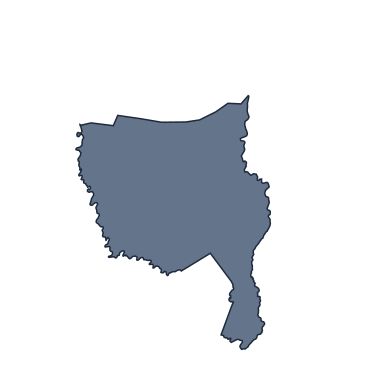 Zu'unburen, Selenge, Mongolia (Robinson projection), rotated 120°
{"feature_id": "93677404B25826466624869", "entity_name": "Zu'unburen", "entity_type": "district", "adm_level": 2, "iso_a3": "MNG", "parent_name": "Mongolia", "parent_adm1": "Selenge", "projection": "robinson", "projection_center": [106.008, 49.971], "detail": "fine", "context": "isolated", "style": "filled", "palette": "slate", "viewbox_px": 384, "rotation_deg": 120, "n_neighbors": 0, "source": "geoboundaries", "source_scale": "gbopen_adm2", "svg_char_len": 6064}
<svg xmlns="http://www.w3.org/2000/svg" viewBox="0 0 384 384"><g transform="rotate(120 192 192)"><path d="M80.5,190.8L80.5,191.5L91.2,193.6L97.2,205.2L110.9,211.6L125.8,221.5L134.5,232.4L146.8,253.2L154.2,273.1L162.8,294.6L173.9,293.3L182.6,313.9L189.6,321.5L189.6,322.7L190.4,322.1L190.9,321.0L193.4,318.6L194.6,317.6L195.2,317.5L196.2,317.6L197.1,318.3L197.3,320.2L198.0,320.7L199.4,320.6L200.4,320.0L201.1,319.1L200.8,317.9L199.9,317.5L198.2,317.4L197.1,316.8L197.2,316.1L198.2,314.0L199.0,313.1L201.4,313.0L203.8,312.1L205.9,310.9L207.1,310.8L209.1,311.5L211.5,313.8L212.5,314.0L213.3,313.7L213.2,312.6L212.4,310.7L212.4,310.3L213.1,309.5L213.3,308.0L213.6,307.8L216.6,306.9L220.5,307.2L221.9,306.2L222.1,304.9L223.3,304.2L225.2,303.5L225.8,303.0L226.8,301.5L227.8,300.7L228.9,300.4L228.9,300.0L227.6,299.4L228.0,298.8L231.2,298.4L233.6,298.7L234.2,298.3L234.4,297.6L233.1,296.4L232.9,295.9L233.0,295.2L233.7,294.7L236.4,294.4L236.6,293.7L235.7,292.4L235.7,291.9L236.1,291.4L237.4,291.0L238.2,290.3L238.1,288.0L238.8,287.1L239.2,285.9L240.0,284.7L238.2,283.5L238.2,282.8L239.2,281.9L240.1,281.7L241.0,282.1L241.0,282.9L241.4,283.3L242.6,283.5L243.4,283.1L243.8,282.3L243.7,281.0L242.3,279.7L241.7,278.6L241.8,277.6L242.2,276.9L243.3,275.9L243.9,275.6L247.9,275.7L250.1,275.0L253.5,274.3L254.0,273.7L253.9,272.6L253.1,271.7L250.0,270.8L249.0,269.4L249.0,268.4L249.4,267.9L250.1,267.6L253.0,267.5L253.9,267.2L255.5,265.3L257.6,263.9L257.8,263.1L257.4,262.1L257.5,261.6L258.2,260.8L261.2,260.3L263.9,260.7L265.4,260.3L266.3,259.5L266.5,257.2L267.7,254.1L267.5,253.1L266.8,251.9L266.9,251.2L267.9,250.6L269.9,250.8L270.5,250.3L271.7,248.5L274.4,247.7L275.2,246.9L275.1,246.3L274.5,244.9L274.5,244.5L274.7,244.1L276.8,242.3L276.5,242.1L274.0,242.4L273.5,241.9L273.7,241.0L274.7,239.7L277.1,239.6L278.2,239.1L278.9,239.1L281.4,240.4L282.5,240.3L283.0,239.8L282.9,239.4L281.2,237.4L280.6,236.0L280.6,235.6L281.0,235.2L282.5,234.6L283.5,233.9L284.0,232.9L283.6,231.4L283.7,231.2L284.6,230.3L286.2,229.8L287.7,230.3L289.3,231.9L289.8,232.0L290.1,231.7L290.0,231.0L287.5,227.9L287.2,227.2L287.3,225.2L286.6,224.5L284.3,224.7L283.7,223.8L283.1,223.4L282.5,223.5L281.1,224.2L280.4,224.1L278.4,223.2L277.5,222.3L277.2,221.7L277.2,221.1L277.7,220.6L281.4,220.2L281.9,219.9L281.8,219.3L280.0,218.2L280.3,217.6L279.7,217.3L280.4,214.9L280.4,214.2L280.9,213.7L281.0,212.7L280.1,211.8L277.9,211.3L277.3,211.0L275.7,208.8L275.8,208.4L275.7,207.3L276.5,206.7L278.4,205.9L278.5,205.5L278.0,204.7L277.3,204.3L274.6,203.6L273.6,202.5L273.4,201.5L274.7,199.9L274.7,199.6L274.0,198.8L273.7,197.2L273.0,195.4L271.9,193.9L272.0,193.0L272.8,192.5L274.0,192.6L275.4,193.1L275.9,192.9L276.0,192.5L274.3,190.0L274.3,189.6L275.2,188.6L277.2,187.9L277.1,187.3L276.0,186.7L274.1,186.2L273.3,184.1L273.3,183.2L274.3,181.6L274.0,180.5L274.2,180.1L275.3,179.3L277.1,178.8L277.0,177.6L276.6,176.9L276.2,176.5L275.5,176.2L274.8,176.3L274.4,175.9L274.1,174.9L274.7,174.0L276.0,173.0L276.4,172.4L276.6,171.4L276.2,171.1L274.5,171.3L273.5,171.1L272.8,170.2L271.7,169.7L270.5,168.7L269.6,166.9L266.6,165.1L265.8,164.0L265.4,163.0L265.8,161.8L235.9,145.5L249.7,113.4L252.0,109.8L252.6,109.7L253.8,109.0L254.5,107.8L255.8,107.4L257.1,108.2L260.7,108.6L262.2,108.1L262.5,107.8L262.4,106.8L263.5,106.4L264.0,105.6L264.8,105.6L264.7,106.3L265.0,106.6L266.7,106.2L267.4,105.6L267.8,103.7L266.9,102.2L266.6,101.2L271.7,100.5L301.2,95.4L301.1,94.6L300.5,92.9L301.4,92.0L301.8,91.3L301.4,89.8L300.7,89.0L301.5,87.5L301.2,86.7L300.1,86.2L299.4,85.5L299.4,85.2L301.9,84.7L302.1,84.6L302.6,82.8L297.4,79.4L296.8,78.8L296.4,78.0L296.4,76.3L295.6,74.3L296.2,73.7L297.1,73.2L300.1,73.6L301.8,73.3L302.5,72.5L303.5,70.4L302.3,69.3L301.8,68.6L301.5,67.5L299.8,66.9L298.2,66.1L295.9,66.2L292.9,65.4L290.8,65.1L288.7,64.3L287.4,63.3L286.5,63.2L285.8,63.1L283.9,63.7L282.6,63.6L280.8,61.6L278.3,61.3L277.8,61.8L277.0,61.6L275.4,62.9L274.1,63.5L271.0,63.1L270.1,63.1L269.6,63.4L269.2,63.8L268.6,65.0L269.0,66.8L268.9,67.8L266.9,69.2L266.7,70.1L266.9,71.7L265.5,73.6L263.4,74.1L260.7,75.5L260.2,76.1L259.2,76.6L258.3,76.7L256.2,76.5L255.6,76.8L254.0,78.2L252.4,78.2L251.4,78.6L250.8,79.8L249.2,80.2L248.9,80.5L248.8,81.5L249.6,82.6L249.5,83.3L248.1,83.6L246.4,85.0L245.0,84.4L244.1,84.4L243.0,85.1L242.6,85.8L242.0,87.2L242.1,90.5L241.2,91.3L239.6,91.6L239.1,92.4L238.8,93.8L237.6,94.3L237.3,95.5L236.6,95.6L236.1,96.0L235.9,96.6L236.2,97.2L235.7,97.3L235.4,97.7L235.8,98.7L234.7,99.5L233.6,100.0L232.4,100.0L231.2,100.9L229.0,100.8L228.5,101.3L225.3,103.1L224.8,104.0L223.2,105.1L222.3,105.4L220.9,105.2L219.9,105.7L218.9,107.1L218.5,107.4L215.5,107.3L214.9,107.5L214.2,108.5L211.7,109.7L209.8,109.2L207.4,109.4L203.0,108.6L201.7,108.7L199.3,108.3L197.9,108.4L196.7,107.6L193.1,108.2L191.3,107.9L189.9,108.0L188.3,107.3L187.1,107.5L185.9,107.4L182.6,107.6L180.2,108.3L177.8,110.2L177.2,110.3L176.2,111.5L175.3,113.4L174.9,113.8L173.7,114.0L172.9,113.3L172.4,113.2L170.1,114.2L169.3,115.4L169.3,116.1L169.7,116.7L169.4,117.9L168.7,118.7L163.5,119.6L162.1,120.1L159.9,122.2L159.1,122.5L158.6,123.1L158.5,124.0L159.0,125.6L157.3,128.0L156.8,128.4L153.5,129.2L152.6,128.6L151.7,128.7L149.6,127.7L148.5,128.1L146.5,130.4L146.2,131.0L146.2,132.0L148.8,134.6L149.0,136.0L148.6,136.7L146.1,138.2L146.7,138.5L146.7,139.5L148.4,140.1L149.0,140.6L149.1,141.2L148.4,141.9L146.7,142.4L146.1,142.8L145.7,143.2L145.4,144.2L144.5,145.1L144.5,145.4L145.4,147.8L148.1,149.4L147.8,150.9L146.9,153.8L147.1,154.8L148.2,156.0L148.2,156.3L146.4,157.9L142.6,157.9L142.2,158.2L141.9,158.7L139.7,159.3L139.0,159.8L138.7,161.7L139.1,162.0L139.7,162.0L140.0,162.9L137.1,166.0L136.3,167.3L130.4,167.3L128.8,167.6L126.3,170.1L125.4,170.4L123.0,170.8L122.4,171.2L122.1,171.6L122.0,172.3L122.2,173.2L123.0,175.1L123.0,175.6L121.9,176.7L120.8,176.5L118.5,174.5L116.0,172.8L114.3,173.0L113.1,173.8L111.1,176.0L110.7,176.9L108.5,178.8L108.0,179.5L107.4,180.0L104.8,181.2L103.4,181.0L102.4,180.4L100.5,179.9L98.7,180.1L98.1,180.5L95.9,183.2L94.3,184.7L89.9,186.8L87.7,188.3L82.2,190.0L80.5,190.8Z" fill="#64748b" stroke="#1e293b" stroke-width="1.5"/></g></svg>